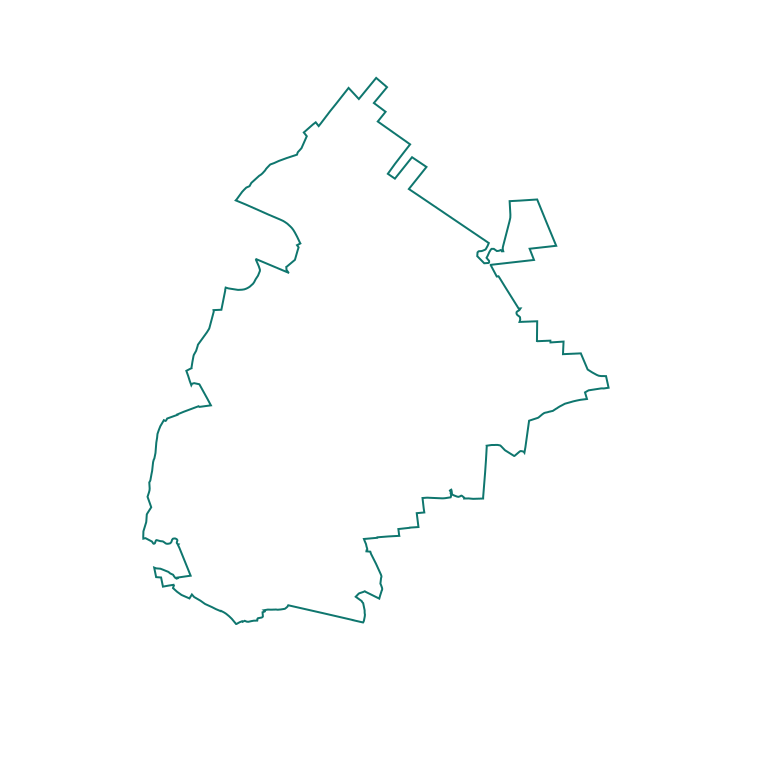 Moftin, Satu Mare, Romania (Equal Earth projection), rotated 23°
{"feature_id": "2599482B73580136773052", "entity_name": "Moftin", "entity_type": "district", "adm_level": 2, "iso_a3": "ROU", "parent_name": "Romania", "parent_adm1": "Satu Mare", "projection": "equal_earth", "projection_center": [22.624, 47.677], "detail": "fine", "context": "isolated", "style": "outline", "palette": "teal", "viewbox_px": 768, "rotation_deg": 23, "n_neighbors": 0, "source": "geoboundaries", "source_scale": "gbopen_adm2", "svg_char_len": 6105}
<svg xmlns="http://www.w3.org/2000/svg" viewBox="0 0 768 768"><g transform="rotate(23 384 384)"><path d="M360.5,651.0L360.1,651.0L359.7,650.7L359.5,650.4L359.3,650.1L359.3,649.5L359.4,649.0L359.7,648.7L362.6,646.8L363.1,646.2L363.3,645.7L363.3,645.2L361.4,641.6L363.1,640.0L363.2,639.8L362.9,639.3L362.0,639.1L365.1,637.1L368.6,635.7L372.7,633.8L374.4,633.3L377.2,631.8L380.4,629.8L380.9,629.2L382.1,626.8L382.3,625.1L417.8,618.7L447.8,613.4L447.8,613.5L457.9,611.7L458.0,611.3L458.0,609.7L457.1,605.4L456.6,603.8L455.7,602.4L454.6,599.9L452.6,597.0L450.4,593.8L449.3,593.4L448.7,592.8L448.1,592.5L441.1,590.9L442.5,587.2L443.0,586.3L443.6,585.8L446.3,583.4L447.3,582.3L448.3,582.5L463.5,583.4L463.1,580.4L462.8,577.0L462.6,575.0L462.7,574.5L462.6,573.9L462.4,573.3L461.9,572.5L461.1,571.6L459.9,570.3L458.7,569.2L457.1,563.7L457.0,562.5L456.5,561.6L455.6,560.6L447.0,552.7L438.5,545.5L436.9,543.7L433.2,544.9L432.9,543.7L433.3,543.0L432.9,542.2L431.4,540.4L430.0,538.4L427.7,536.2L426.1,534.5L437.9,528.2L437.8,527.7L447.8,522.5L457.4,517.8L457.1,517.4L453.9,511.9L463.9,506.3L463.9,506.1L471.6,502.2L464.6,490.1L471.3,486.5L469.1,482.9L464.0,473.9L468.1,471.8L482.8,466.3L484.9,465.2L489.6,462.3L489.6,461.7L489.5,461.1L489.0,459.5L488.1,458.7L487.9,458.3L487.9,457.4L487.7,457.1L487.5,456.9L486.4,456.5L486.3,456.4L486.8,455.4L487.2,455.0L488.1,456.1L489.5,458.6L490.0,459.0L491.0,459.2L492.3,459.2L495.2,459.1L496.6,458.8L497.8,457.8L498.6,456.7L499.0,456.5L499.5,456.5L502.2,457.3L502.5,458.1L506.5,456.3L510.9,454.9L520.0,450.7L519.4,449.2L511.6,425.8L507.7,414.5L502.9,401.1L502.6,400.7L506.9,398.1L512.4,395.7L514.7,395.2L515.2,395.2L516.3,395.6L521.2,397.7L531.9,399.4L532.2,399.2L532.4,398.9L535.3,393.1L535.9,392.4L537.0,392.0L538.5,391.8L539.1,391.8L540.1,392.4L538.9,387.1L531.9,361.1L538.9,355.0L539.4,354.3L541.8,349.6L542.2,349.1L542.6,348.4L543.5,347.5L545.4,346.2L547.1,344.8L547.9,344.3L548.2,344.0L549.9,342.8L552.1,339.5L552.8,338.6L553.4,337.6L554.7,335.8L556.2,334.0L558.2,331.5L562.6,328.0L564.9,326.1L567.8,324.0L571.0,321.8L576.7,318.5L572.3,313.2L574.8,309.9L585.8,303.1L588.1,302.2L592.2,299.7L585.3,290.0L580.6,291.9L578.4,292.5L576.2,292.5L571.2,292.0L565.8,291.1L553.2,278.9L537.1,286.6L532.7,274.8L521.0,280.7L520.2,279.1L508.6,284.6L508.0,284.7L500.5,266.4L484.5,273.9L484.4,272.7L484.2,271.4L483.1,269.4L481.9,268.9L480.1,268.5L479.1,268.0L478.5,267.4L478.1,266.6L478.0,265.9L478.3,265.1L479.7,263.2L480.1,261.1L478.4,261.9L457.4,247.2L449.1,241.3L447.3,240.1L445.8,241.0L435.7,232.8L435.7,232.6L473.6,211.2L465.2,202.6L488.5,189.5L470.7,172.0L452.9,154.3L437.0,162.3L428.2,166.6L434.2,178.8L435.3,181.6L436.0,185.4L439.7,210.2L440.1,212.3L440.5,213.1L441.1,214.2L441.9,215.2L440.7,215.8L440.3,215.4L439.6,215.3L439.2,215.0L437.7,216.5L435.9,217.5L432.3,216.7L430.2,217.6L430.0,218.1L429.7,219.2L429.4,221.4L429.3,225.9L429.1,227.8L432.6,229.6L433.1,230.6L433.2,231.0L433.2,231.3L432.8,231.8L429.1,233.7L419.9,229.9L418.8,226.7L418.7,226.3L419.2,225.0L419.5,224.7L421.9,223.5L422.8,222.7L424.5,221.0L424.8,220.5L425.0,220.1L425.4,216.5L425.4,213.3L344.7,197.5L330.7,194.8L338.3,167.6L321.2,164.3L313.8,190.7L305.4,189.0L308.1,177.1L312.1,161.8L314.4,153.2L275.7,144.8L279.1,132.8L264.9,129.3L270.8,109.6L257.2,105.3L249.5,131.5L235.7,125.3L230.3,145.2L227.8,153.9L224.0,168.9L223.1,172.1L218.9,169.8L217.2,172.8L211.9,183.8L216.1,186.1L215.9,199.2L214.9,202.1L214.2,204.0L214.1,204.8L214.3,206.9L206.3,213.9L203.1,216.9L200.1,219.7L196.5,223.6L193.6,226.3L193.3,226.9L191.9,230.6L191.4,232.1L191.1,233.9L189.8,237.6L188.8,239.6L187.8,241.0L183.3,250.7L183.0,253.7L182.9,254.4L182.5,254.9L180.5,257.0L179.3,259.9L178.3,262.7L176.3,271.4L175.8,272.9L186.6,272.8L211.3,273.2L224.3,273.2L227.4,273.3L229.5,273.6L232.4,274.2L236.3,275.6L238.2,276.4L240.3,277.6L242.8,279.4L246.5,282.4L251.1,286.5L252.1,287.3L249.7,290.2L252.0,291.6L252.3,294.8L253.5,304.5L248.7,313.9L248.3,314.4L249.7,317.1L252.4,318.7L252.4,318.9L217.7,319.0L217.6,319.7L222.7,324.5L225.0,327.1L225.4,327.9L225.6,328.5L225.7,333.5L224.9,337.8L224.7,340.8L224.3,342.8L222.4,346.9L221.5,348.2L220.2,349.8L218.5,351.4L216.6,352.6L212.9,354.4L203.4,356.8L200.6,357.1L201.0,359.3L201.3,359.9L205.3,379.2L198.2,382.6L199.0,383.9L201.4,400.7L201.4,401.7L200.8,405.6L197.4,420.4L197.4,420.9L197.6,421.7L198.1,426.9L197.6,431.2L197.6,431.8L197.7,432.6L199.0,438.5L200.4,444.1L200.7,444.7L200.3,445.0L196.9,449.1L200.6,453.1L204.1,457.2L207.1,460.4L207.2,458.8L208.9,457.4L214.0,456.4L214.3,456.5L227.3,466.7L233.0,471.3L223.2,477.1L222.8,477.0L222.3,477.2L221.9,477.0L210.4,487.9L205.6,492.8L205.9,493.1L197.9,500.5L197.7,502.8L197.2,503.4L195.5,503.3L195.0,507.3L194.6,510.2L194.7,514.2L195.0,518.5L196.1,522.0L197.3,526.9L200.6,536.8L201.7,542.2L201.7,542.9L201.6,543.5L202.0,546.2L204.5,554.5L205.2,557.9L206.5,563.6L206.6,564.4L206.5,565.4L206.4,566.3L209.1,571.7L209.7,573.5L210.0,575.5L210.4,580.2L217.9,588.4L216.8,595.0L216.6,596.7L218.6,602.5L219.1,604.1L220.1,613.6L222.2,619.0L222.9,620.4L224.3,619.3L224.8,619.1L232.0,619.7L233.8,620.9L234.1,621.0L234.5,621.0L234.8,620.8L235.1,620.4L235.3,620.1L235.2,617.2L235.3,617.0L235.6,616.6L236.0,616.5L239.6,616.0L241.9,615.3L243.7,615.6L245.2,616.0L246.0,616.0L246.9,615.8L248.2,615.1L249.4,614.2L249.9,613.0L250.0,612.3L249.8,610.3L250.1,609.0L250.7,608.5L251.4,608.1L252.1,607.8L253.3,607.8L253.9,607.9L254.8,608.5L255.0,609.0L255.1,610.4L255.3,611.2L256.1,611.8L257.1,612.0L257.5,611.9L257.3,612.7L259.9,615.0L280.9,636.0L269.5,642.9L270.0,643.4L269.1,644.2L267.4,643.9L265.8,643.0L264.4,642.0L261.2,641.9L259.0,641.2L252.8,641.3L250.3,641.4L246.4,642.7L244.2,642.8L249.7,650.8L254.4,649.2L259.7,656.9L264.4,653.8L269.5,650.6L269.3,650.8L269.3,651.4L269.5,654.3L274.7,656.1L280.0,657.3L288.7,657.4L289.4,652.8L292.3,654.2L292.7,654.3L299.8,655.2L305.2,656.4L313.0,656.6L317.2,656.9L322.5,656.9L322.6,656.5L326.2,656.8L328.5,657.2L332.2,658.3L335.6,659.6L341.6,662.7L342.0,662.5L344.2,659.7L346.1,657.8L346.7,658.2L348.3,656.4L350.2,656.4L351.0,656.3L352.2,655.8L354.4,654.2L356.7,652.7L360.5,651.0Z" fill="none" stroke="#0f766e" stroke-width="2"/></g></svg>